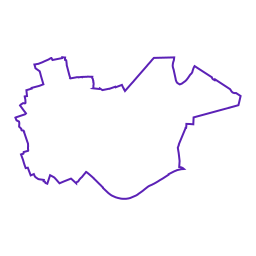 the district of Middelburg, Zeeland, Netherlands
{"feature_id": "6326949B99945652837924", "entity_name": "Middelburg", "entity_type": "district", "adm_level": 2, "iso_a3": "NLD", "parent_name": "Netherlands", "parent_adm1": "Zeeland", "projection": "albers", "projection_center": [3.627, 51.502], "detail": "fine", "context": "isolated", "style": "outline", "palette": "violet", "viewbox_px": 256, "rotation_deg": 0, "n_neighbors": 0, "source": "geoboundaries", "source_scale": "gbopen_adm2", "svg_char_len": 5077}
<svg xmlns="http://www.w3.org/2000/svg" viewBox="0 0 256 256"><path d="M186.3,126.4L186.4,123.9L189.7,124.0L193.3,124.3L193.6,117.4L211.7,112.5L238.4,105.2L239.0,102.9L240.6,96.0L236.0,93.0L235.2,93.1L234.7,93.1L234.3,93.0L233.7,92.9L233.3,92.8L232.9,92.6L232.6,92.4L232.4,92.3L232.0,91.9L231.5,91.4L231.0,90.6L230.9,90.4L230.1,89.2L215.1,79.4L215.0,79.8L214.8,80.3L214.5,80.2L214.4,80.1L214.4,79.9L214.0,79.6L213.2,79.4L212.7,79.0L212.4,78.6L212.3,78.4L212.2,78.3L212.1,78.1L211.9,77.3L194.6,66.1L193.9,67.3L193.6,68.0L193.3,68.8L192.7,70.5L192.5,71.3L192.4,71.9L192.1,72.4L191.9,72.8L191.6,73.3L191.3,73.7L191.0,73.9L190.5,74.4L189.9,75.1L189.4,75.9L187.9,78.1L186.5,79.9L185.3,81.1L183.2,82.6L182.4,83.2L181.7,83.7L181.1,83.9L180.6,84.1L179.7,84.4L177.4,83.0L177.2,82.8L177.0,82.5L176.7,82.1L176.4,81.5L176.2,81.0L176.0,80.5L175.8,80.0L175.7,79.2L174.0,71.4L173.7,69.9L172.9,67.3L172.8,66.6L172.7,66.0L172.7,65.4L172.9,63.6L173.2,62.2L173.6,61.0L173.8,60.4L173.9,59.9L174.2,57.4L153.9,57.9L153.2,58.6L153.0,58.9L152.3,59.6L150.4,61.9L149.7,62.7L147.7,64.9L147.1,65.7L136.7,77.6L136.4,77.9L136.3,78.1L135.0,79.6L134.7,79.9L133.4,81.5L131.2,83.9L125.0,91.0L124.0,89.0L123.9,89.1L122.9,87.1L121.9,84.9L115.6,87.3L115.3,86.7L109.4,88.8L109.3,88.7L102.4,90.1L101.2,89.3L101.0,89.2L99.7,88.3L99.3,89.0L93.1,88.3L93.3,88.2L93.4,87.8L93.4,87.3L93.4,85.8L93.4,85.5L93.5,85.2L93.6,84.7L93.6,83.8L93.6,83.4L93.6,83.1L93.6,82.9L93.5,82.6L93.3,82.2L93.2,81.9L93.4,81.3L93.4,81.1L93.0,80.1L92.9,79.2L92.6,78.6L92.3,78.3L92.2,77.9L92.2,77.5L92.3,76.8L92.1,76.8L91.0,76.7L90.7,76.8L87.6,76.6L87.3,76.7L87.0,76.8L85.3,76.8L84.4,76.9L83.6,76.9L83.0,76.9L82.8,77.0L82.8,76.9L81.0,77.0L79.0,77.3L79.0,77.2L76.8,77.2L75.4,77.5L70.3,78.4L70.2,78.3L70.3,78.2L69.3,75.0L67.3,67.3L67.2,67.0L66.7,65.1L66.7,64.5L66.7,64.1L66.4,61.5L66.2,60.3L66.1,60.2L65.8,60.0L65.6,60.0L65.3,60.0L65.1,60.0L65.0,59.9L65.0,59.7L65.0,58.8L65.1,57.5L64.7,57.5L63.5,57.4L62.2,57.2L62.1,58.1L52.5,60.0L51.5,58.1L51.4,58.0L51.2,58.0L50.0,58.6L48.9,59.3L48.1,59.7L44.4,61.3L42.3,62.3L38.9,63.6L38.6,63.8L36.5,64.1L36.0,64.3L34.4,64.5L35.5,68.2L35.5,68.3L39.6,71.2L39.7,71.3L40.4,73.8L40.9,75.8L42.1,79.9L43.4,84.3L39.2,85.9L31.6,87.9L31.7,88.6L26.4,90.2L27.0,96.1L24.7,96.4L24.7,96.5L24.7,96.8L24.8,97.1L24.9,97.5L25.2,99.0L25.3,99.5L25.4,99.9L25.4,100.6L25.5,102.8L25.3,103.2L24.8,103.4L23.6,103.2L23.4,103.2L23.0,103.2L22.7,103.3L22.3,103.7L22.1,103.8L21.7,104.0L21.3,104.2L20.1,105.3L20.0,105.5L20.3,105.8L23.4,110.0L23.6,110.3L24.1,111.0L24.4,111.3L25.4,112.6L25.8,113.1L26.0,113.4L25.6,113.8L25.3,114.1L25.0,114.3L16.7,117.1L16.3,117.2L15.4,117.6L15.5,117.9L16.4,120.1L16.5,120.3L16.7,120.5L16.8,120.5L17.3,120.6L17.8,121.0L18.6,121.3L19.0,121.6L19.1,122.0L19.2,122.5L19.3,123.1L19.3,123.5L19.1,126.5L19.2,126.8L20.0,127.5L20.4,127.9L20.9,128.4L21.2,128.7L21.2,128.8L21.3,128.9L21.3,129.1L21.3,129.3L21.4,129.8L21.5,130.1L21.6,130.3L21.8,130.4L22.0,130.4L22.4,130.4L22.8,130.5L23.3,130.5L23.5,130.6L23.7,130.8L23.7,131.0L23.8,131.3L23.9,131.6L24.0,131.8L24.2,132.0L24.1,132.4L24.2,132.5L27.3,141.7L28.0,143.6L28.1,146.2L28.1,146.6L28.0,146.8L28.0,147.0L28.0,148.6L28.2,150.5L28.1,150.8L24.6,151.8L23.7,152.0L23.5,153.2L23.5,153.5L23.4,153.7L23.2,153.8L22.6,154.0L22.1,154.0L21.8,154.1L21.3,154.3L21.0,154.4L23.1,160.1L23.2,160.5L23.5,161.6L24.3,164.2L24.4,164.5L24.7,165.4L25.7,168.1L26.1,168.0L27.8,167.7L30.7,175.4L33.1,174.4L33.8,174.1L33.9,174.4L34.4,175.4L34.7,176.1L34.9,176.5L35.2,176.8L35.4,177.0L35.5,177.1L35.7,177.3L38.0,178.9L38.5,179.1L38.8,179.2L39.4,179.3L43.8,179.9L43.6,181.3L44.8,181.6L45.5,183.0L47.3,183.7L50.1,175.2L52.4,176.4L54.3,177.5L56.9,180.3L57.1,180.6L59.5,183.3L64.2,181.3L71.0,178.6L71.4,178.9L76.2,183.3L76.2,183.0L76.3,182.8L76.3,182.7L77.0,182.0L77.2,181.8L77.3,181.8L77.8,181.7L78.1,181.5L78.4,181.1L78.5,181.0L79.3,179.7L80.8,178.0L81.9,177.1L82.2,176.7L83.8,174.7L85.6,172.6L85.9,172.1L86.1,171.9L86.3,172.0L87.4,172.8L89.1,174.2L89.8,174.8L92.0,176.7L93.3,177.9L93.8,178.3L93.8,178.5L95.3,179.9L96.3,180.9L97.9,182.5L99.3,183.9L100.9,185.4L101.9,186.5L102.4,187.0L103.0,187.5L103.0,188.0L108.5,193.2L108.8,193.4L110.1,194.4L110.9,195.0L111.3,195.2L111.9,195.6L113.9,196.5L114.8,196.9L115.7,197.3L116.4,197.5L118.1,198.0L119.1,198.2L120.8,198.6L121.7,198.7L122.8,198.8L123.5,198.8L124.1,198.8L125.2,198.8L126.1,198.8L127.3,198.6L128.1,198.5L129.0,198.3L130.2,198.0L133.0,196.8L135.6,195.7L136.4,195.3L137.9,194.4L138.1,194.1L140.3,192.6L141.7,191.6L142.8,190.8L144.5,189.4L147.8,186.8L148.7,186.2L150.1,185.5L152.0,184.7L153.3,184.0L154.0,183.7L154.5,183.4L155.6,182.8L158.3,181.2L159.8,180.2L162.6,178.6L168.6,174.7L168.6,174.2L173.5,171.7L174.3,171.3L175.3,170.9L176.1,170.6L176.9,170.2L177.8,170.0L178.4,169.8L179.9,169.5L181.3,169.2L182.9,169.0L183.0,169.1L183.9,169.0L183.4,168.6L183.0,168.2L182.3,167.9L181.9,167.6L181.3,167.4L180.6,167.2L179.9,167.1L179.2,167.0L179.6,161.1L178.9,154.8L178.6,152.5L178.6,152.4L178.5,152.0L177.8,147.7L178.9,144.8L178.8,144.4L185.5,128.3L185.6,128.2L185.6,127.9L186.1,127.9L186.3,126.4Z" fill="none" stroke="#5b21b6" stroke-width="2"/></svg>